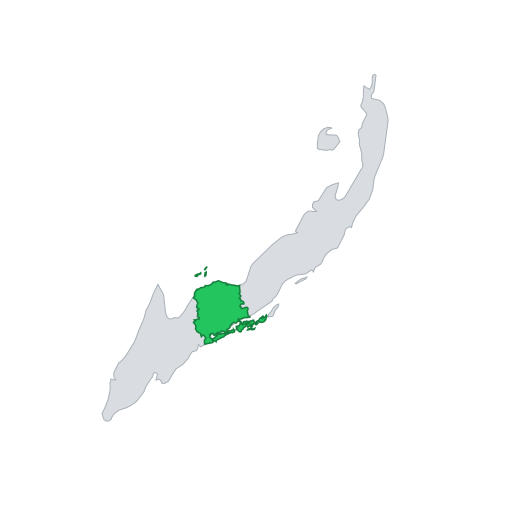 Camagüey highlighted on a map of Cuba, rotated 118°
{"feature_id": "CUB-1364", "entity_name": "Camagüey", "entity_type": "Province", "adm_level": 1, "iso_a3": "CUB", "parent_name": "Cuba", "parent_adm1": "", "projection": "orthographic", "projection_center": [-77.855, 21.478], "detail": "fine", "context": "in_parent", "style": "filled", "palette": "green", "viewbox_px": 512, "rotation_deg": 118, "n_neighbors": 0, "source": "natural_earth", "source_scale": "10m", "svg_char_len": 9802}
<svg xmlns="http://www.w3.org/2000/svg" viewBox="0 0 512 512"><g transform="rotate(118 256 256)"><path d="M163.2,184.2L173.5,186.5L181.9,186.1L186.0,185.0L185.6,186.2L189.2,189.3L190.5,189.5L196.0,188.1L210.2,187.8L211.7,188.7L214.1,191.6L217.7,193.5L221.5,194.9L225.4,195.3L229.3,194.8L233.0,195.1L237.5,198.0L239.0,198.4L243.1,197.7L241.9,200.2L248.7,204.0L253.7,211.2L257.4,214.1L261.3,216.8L264.6,218.6L268.3,219.5L279.5,219.2L282.2,219.5L284.6,220.5L286.8,220.9L288.1,220.6L309.9,231.8L316.8,237.7L321.0,240.8L330.2,245.3L333.8,246.2L335.8,245.7L335.4,244.7L332.7,242.2L332.3,241.3L335.8,242.0L342.0,247.1L343.7,248.9L346.8,250.6L350.0,251.9L348.5,253.9L346.0,254.0L341.1,253.2L345.0,256.5L345.6,258.8L347.4,259.0L350.1,256.4L351.8,254.2L358.7,259.8L362.4,262.4L361.5,263.9L361.2,265.3L365.3,263.9L366.9,264.1L368.4,264.9L370.1,267.3L373.9,267.8L377.8,267.7L385.7,269.6L393.3,273.6L400.3,274.3L407.4,274.4L411.0,276.5L412.6,279.3L410.9,281.4L410.0,283.5L412.6,286.1L406.9,287.3L406.1,288.9L406.4,290.6L407.6,291.5L410.9,290.7L415.7,291.3L423.2,291.9L428.2,291.2L438.5,292.8L441.7,293.7L447.8,297.0L450.7,299.1L456.8,304.9L462.1,307.2L466.6,307.6L468.2,307.2L470.9,308.6L472.2,311.2L471.6,313.9L467.6,317.9L461.2,318.2L452.2,319.2L443.5,321.7L439.2,323.7L437.3,325.0L432.7,326.3L432.4,325.3L432.5,324.0L431.2,321.7L430.2,323.8L428.5,325.4L425.7,326.8L415.0,327.0L410.7,325.3L406.3,324.2L390.3,323.1L386.5,323.2L375.8,324.7L365.1,325.4L360.6,326.3L356.2,327.5L347.6,327.6L337.3,329.0L327.1,329.3L333.6,319.4L347.4,310.0L350.0,307.9L351.9,305.3L352.3,303.3L351.7,301.7L348.4,298.7L347.7,296.5L346.7,295.1L341.9,293.9L337.1,293.2L332.0,293.2L321.3,292.2L315.6,292.1L310.8,290.1L302.9,282.9L299.1,280.9L297.2,279.2L295.7,277.4L293.9,266.9L292.3,261.8L290.0,257.4L286.3,254.0L282.5,252.9L267.7,255.6L264.3,255.2L261.0,254.2L238.8,247.1L229.7,243.2L226.0,241.3L222.9,238.6L219.7,234.2L216.0,230.3L216.0,231.9L215.4,232.9L196.9,233.0L194.0,232.0L192.1,230.9L190.8,229.3L189.9,226.2L188.2,223.5L187.5,226.3L186.6,228.9L184.1,230.3L181.2,230.4L177.9,226.9L162.9,225.8L161.6,225.2L156.8,221.8L152.7,217.5L156.9,216.1L165.6,214.4L167.4,213.1L168.6,211.5L167.9,209.0L166.2,207.2L164.5,206.1L162.5,205.4L160.0,205.1L126.8,203.7L124.8,204.9L121.7,207.6L115.7,210.9L111.7,214.4L110.2,216.2L108.3,217.5L104.1,219.6L100.5,223.0L96.2,224.4L94.0,223.3L91.7,223.3L90.0,224.1L88.2,224.4L79.7,224.5L78.4,225.3L77.1,227.8L75.5,232.5L74.1,234.1L69.8,234.5L65.7,235.7L57.2,239.9L55.0,240.5L55.6,237.2L55.3,233.9L53.0,233.7L50.3,234.1L48.0,234.9L43.8,237.2L41.7,237.7L39.8,236.4L40.3,234.8L54.3,229.5L55.8,229.1L58.2,229.6L60.6,229.5L62.6,227.9L60.6,220.0L61.7,214.7L65.1,210.7L71.7,204.8L74.8,202.8L106.6,191.0L109.8,190.4L130.1,188.4L133.3,187.6L142.8,184.0L152.7,182.7L163.2,184.2ZM132.3,252.2L128.5,254.4L120.4,257.4L116.2,257.3L111.9,256.0L109.0,253.2L107.4,250.4L107.6,249.2L110.2,251.4L112.5,252.5L114.4,251.9L115.8,250.8L111.7,242.0L112.0,240.2L115.6,235.6L125.0,237.3L126.6,238.2L127.8,241.3L129.8,243.7L132.1,250.0L132.3,252.2ZM290.4,212.6L295.9,213.5L299.6,212.8L301.6,213.2L304.3,216.8L301.9,217.2L300.0,217.2L298.6,216.6L293.7,216.4L290.5,215.3L288.7,214.4L287.8,213.3L290.4,212.6ZM328.9,238.6L327.2,239.9L325.4,238.0L322.7,237.0L319.6,234.9L318.9,232.7L321.4,232.5L324.6,232.9L330.3,234.2L329.8,236.7L328.9,238.6ZM314.5,224.2L313.7,224.9L311.5,223.3L308.4,222.6L306.6,220.1L304.8,219.1L304.7,218.2L307.6,217.6L309.6,217.8L311.8,219.8L313.1,223.3L314.5,224.2ZM320.4,231.0L319.1,231.1L315.1,229.3L313.9,227.8L315.3,225.8L315.6,223.6L316.2,223.4L316.8,226.1L319.9,227.2L320.0,227.8L321.9,230.1L320.4,231.0ZM261.8,207.5L261.8,208.6L254.9,205.4L251.9,202.1L250.7,201.3L252.7,201.2L261.8,207.5Z" fill="#d9dde1" stroke="#a8b0b8" stroke-width="1"/><path d="M312.3,232.9L313.0,232.7L313.4,233.2L313.9,234.3L314.9,235.3L315.1,236.1L315.9,237.4L316.2,237.8L316.7,238.0L317.1,238.3L319.0,240.2L319.8,241.8L320.1,242.1L320.6,242.1L320.8,241.6L321.0,238.4L321.2,238.0L321.6,237.8L323.4,238.0L323.0,238.4L321.7,238.7L321.4,239.0L321.7,240.4L321.9,240.8L322.7,241.7L323.1,241.9L324.1,241.8L324.5,242.1L324.8,242.8L325.2,244.6L325.6,245.0L327.4,245.6L328.0,245.3L329.0,246.0L331.5,245.6L332.2,245.7L334.7,247.1L334.7,246.5L335.0,246.2L336.0,246.0L336.1,246.4L336.3,246.6L336.7,246.7L337.2,246.6L336.9,246.0L337.4,246.1L338.8,247.5L338.2,247.5L337.8,247.3L337.6,247.3L337.4,248.0L337.5,248.8L338.1,250.2L338.3,250.9L338.5,251.3L340.2,251.6L341.4,252.2L341.8,252.1L342.2,251.6L342.0,250.9L341.6,250.3L340.6,249.9L340.1,249.3L339.6,248.0L339.4,247.0L339.2,246.7L338.0,246.1L337.7,245.1L337.3,244.7L336.6,245.1L336.0,244.5L335.5,245.0L334.9,244.6L333.8,243.3L332.3,242.0L331.9,241.3L331.6,241.2L331.1,241.5L331.4,240.8L332.0,240.0L332.8,239.5L333.4,239.6L334.8,240.8L335.3,242.4L339.6,245.5L340.4,245.9L342.5,246.6L345.0,248.7L345.5,248.9L347.9,250.7L348.5,251.0L349.1,251.2L349.7,251.2L350.4,251.0L350.1,251.8L350.3,252.3L350.9,253.0L350.8,253.9L349.8,255.0L349.6,255.7L348.3,254.5L345.7,253.3L345.1,253.2L344.3,253.1L344.0,253.7L342.4,252.8L341.5,252.8L341.1,253.3L341.3,253.7L342.2,254.1L343.2,254.9L343.6,254.9L344.7,254.8L345.5,255.2L345.7,255.9L345.4,256.6L344.7,256.9L344.6,257.3L344.9,258.1L345.4,259.1L345.9,259.2L346.8,259.0L347.4,259.1L347.1,259.9L347.5,259.8L348.9,259.0L349.3,258.9L349.6,258.3L350.1,256.0L351.1,254.0L351.5,253.6L352.2,253.5L353.0,253.9L357.3,259.2L358.0,259.9L357.6,260.3L357.0,260.5L355.8,261.4L355.3,261.7L354.2,262.0L353.5,262.0L351.8,261.7L351.2,263.7L350.8,264.1L350.6,264.6L350.5,265.0L350.7,265.7L351.1,266.1L352.6,266.1L352.9,266.2L353.0,266.3L350.6,268.6L350.4,269.4L350.6,272.2L349.1,274.7L348.4,275.4L346.9,275.8L345.9,276.3L345.3,277.1L344.1,279.9L343.8,280.1L343.5,280.0L342.4,279.3L341.9,279.7L341.5,280.6L341.0,279.9L341.3,279.1L341.2,278.9L339.3,278.5L339.2,278.3L339.1,277.7L338.2,276.5L337.8,276.9L337.2,277.2L337.0,277.4L337.2,278.2L336.8,279.2L336.6,279.6L335.3,279.8L334.7,279.7L334.4,280.5L333.0,280.8L332.6,281.1L332.4,281.7L332.4,282.2L332.2,282.4L331.0,282.3L330.3,281.3L329.8,281.3L329.5,281.5L329.6,282.4L329.3,283.7L329.4,284.2L328.4,284.7L326.0,285.2L325.0,285.1L322.9,288.1L322.4,291.6L320.5,291.3L319.6,291.6L318.5,292.5L317.9,292.8L315.2,292.9L313.9,292.5L313.4,291.6L313.1,291.6L312.9,292.2L311.6,290.7L311.1,290.4L310.2,290.2L309.7,289.8L309.0,288.4L307.8,287.2L307.0,286.7L306.4,286.7L305.9,287.0L305.8,286.7L305.7,286.0L304.9,285.0L304.5,284.0L301.7,281.9L301.1,281.8L299.7,281.8L299.2,281.5L298.2,279.7L296.2,278.1L295.8,278.0L295.6,277.6L295.3,276.2L295.2,273.3L294.9,272.1L294.3,270.9L293.9,269.7L294.1,268.4L294.5,268.9L294.9,268.9L295.3,268.7L295.5,268.0L295.2,267.6L293.9,267.1L293.6,266.8L292.9,263.1L292.1,261.8L291.7,259.7L291.1,258.3L290.3,257.1L289.8,256.6L291.2,255.9L293.3,254.6L294.2,253.8L295.6,253.1L296.4,252.9L296.8,253.5L297.1,253.5L297.4,253.1L298.3,250.7L298.7,250.6L300.4,250.8L301.4,250.7L301.5,250.6L301.1,250.2L301.1,249.9L302.0,248.5L302.4,248.4L302.5,248.2L302.5,247.3L302.2,245.8L302.5,245.2L303.6,244.4L303.9,244.2L304.2,244.3L304.5,245.2L305.5,246.6L305.9,246.7L306.4,246.8L308.2,246.5L308.0,245.3L308.2,245.0L309.3,244.4L308.5,243.0L305.7,240.5L305.5,239.7L305.9,238.5L306.4,238.2L308.7,237.8L309.5,237.3L311.2,235.7L312.4,235.1L312.7,234.4L312.7,233.9L312.6,233.5L312.2,233.3L312.3,232.9ZM330.3,234.2L330.6,234.7L330.6,235.2L330.5,235.8L329.7,237.8L329.8,238.2L330.3,238.9L329.6,238.9L329.2,239.1L328.3,239.7L328.5,239.0L328.2,238.6L327.8,238.8L327.5,239.5L327.8,239.9L327.8,240.2L327.5,240.4L327.3,240.3L327.1,240.1L326.0,238.4L325.5,238.0L325.0,238.3L324.1,238.1L323.3,237.7L322.7,237.2L322.6,236.9L323.1,235.5L322.9,235.2L321.7,234.7L322.0,235.5L321.9,235.8L321.7,236.2L321.4,235.3L321.2,235.3L320.8,235.9L320.1,236.1L319.5,235.9L319.3,235.2L318.9,234.6L318.2,234.1L317.7,233.4L317.9,232.4L317.6,232.1L318.4,232.1L319.4,232.9L320.1,233.2L320.7,233.2L322.0,232.4L322.7,232.2L323.3,232.2L324.2,232.7L324.9,233.5L326.1,233.0L327.8,234.0L328.3,234.2L328.8,233.9L329.2,233.5L329.5,233.5L330.3,234.2ZM307.7,222.3L308.6,221.7L308.2,221.0L307.4,220.6L306.9,220.9L306.7,221.8L306.5,222.1L306.1,222.0L305.8,221.5L305.8,221.0L306.0,220.6L306.4,220.8L306.4,220.0L305.8,219.2L304.8,218.8L303.9,219.3L303.7,219.1L303.1,219.0L303.7,218.3L304.4,218.1L305.9,218.1L307.1,217.6L307.7,217.6L308.0,218.1L308.8,217.7L309.8,217.9L310.8,218.6L312.0,219.9L312.6,221.2L312.7,222.6L312.9,223.1L313.8,224.0L315.2,224.3L314.5,225.0L313.5,224.7L311.6,223.4L310.7,223.3L309.7,223.3L308.7,223.1L307.7,222.3ZM315.7,230.1L315.4,229.5L314.1,228.6L313.8,227.9L314.4,227.7L314.9,227.1L315.3,226.4L315.4,225.7L315.5,224.1L315.3,223.6L314.9,222.9L316.1,223.2L316.6,223.6L316.8,224.2L316.1,225.0L315.9,225.6L316.1,226.3L316.4,226.4L317.4,226.3L317.9,226.4L318.7,227.6L319.3,227.6L318.7,227.3L319.1,226.8L319.5,226.4L319.8,227.0L320.2,227.2L320.6,227.2L320.9,226.7L321.2,227.4L320.8,227.8L320.1,227.9L319.5,228.2L320.0,228.3L320.9,229.1L322.1,229.4L322.6,229.7L321.7,231.5L321.1,232.2L320.6,231.8L319.8,232.1L319.3,231.2L319.1,230.3L318.2,230.0L317.6,230.4L317.9,231.5L315.7,230.1ZM302.0,299.0L302.3,299.8L302.2,300.4L301.8,300.6L300.6,299.8L299.5,299.3L298.9,298.2L298.2,297.6L296.8,296.9L297.3,296.5L298.0,296.6L298.6,297.1L300.0,298.7L300.7,299.0L300.8,298.3L301.1,298.2L301.6,298.4L302.0,299.0ZM321.7,225.3L322.0,224.7L321.6,224.0L320.4,223.2L321.4,223.0L322.2,223.7L322.9,224.8L323.4,226.6L324.7,228.0L325.3,228.8L324.3,228.8L323.3,227.7L321.7,225.3ZM297.9,291.6L297.4,292.2L295.5,292.6L294.8,293.1L294.2,292.7L293.5,292.5L294.0,292.1L295.4,291.8L296.0,291.3L296.3,291.6L296.7,291.3L297.1,291.3L297.9,291.6ZM292.0,294.3L292.1,294.5L292.1,294.9L291.8,295.1L291.2,295.0L290.8,294.7L290.7,294.5L290.9,294.4L292.1,294.7L292.0,294.3ZM289.0,294.2L290.0,294.4L290.0,294.7L289.4,294.7L289.0,294.5L289.0,294.2Z" fill="#22c55e" stroke="#15803d" stroke-width="1.5"/></g></svg>